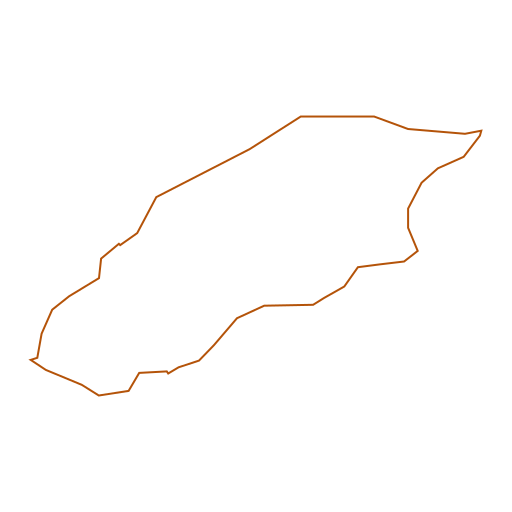 outline of Örkelljunga, Skåne, Sweden
{"feature_id": "70781695B2310974409616", "entity_name": "Örkelljunga", "entity_type": "district", "adm_level": 2, "iso_a3": "SWE", "parent_name": "Sweden", "parent_adm1": "Skåne", "projection": "robinson", "projection_center": [13.368, 56.334], "detail": "fine", "context": "isolated", "style": "outline", "palette": "amber", "viewbox_px": 512, "rotation_deg": 0, "n_neighbors": 0, "source": "geoboundaries", "source_scale": "gbopen_adm2", "svg_char_len": 657}
<svg xmlns="http://www.w3.org/2000/svg" viewBox="0 0 512 512"><path d="M30.7,359.9L45.8,369.9L81.9,384.9L98.8,395.5L128.6,390.9L139.2,372.9L166.8,371.4L168.2,373.5L178.6,367.3L199.0,360.6L213.9,345.2L237.0,318.2L264.2,305.7L313.1,304.8L323.2,298.5L324.0,298.0L344.3,286.5L357.9,267.2L379.6,264.4L404.1,261.5L417.7,250.9L408.1,227.8L408.1,208.6L421.6,182.7L437.9,168.3L463.7,156.8L479.9,135.7L481.3,130.7L465.0,133.8L408.0,129.0L374.3,116.6L374.1,116.5L300.8,116.5L249.7,149.1L156.3,197.1L137.2,233.1L120.2,245.1L118.9,243.8L101.1,258.6L99.0,278.1L69.2,296.2L52.2,309.7L41.6,333.7L37.3,357.8L30.7,359.9Z" fill="none" stroke="#b45309" stroke-width="2"/></svg>